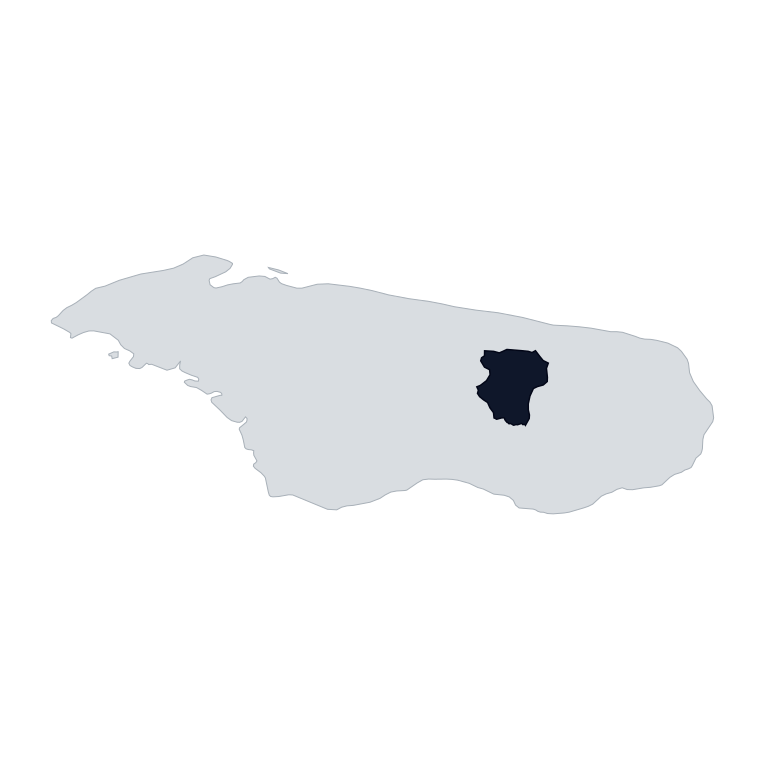 Madagascar, with Haute Matsiatra highlighted, rotated 264°
{"feature_id": "MDG-5873", "entity_name": "Haute Matsiatra", "entity_type": "Autonomous Province", "adm_level": 1, "iso_a3": "MDG", "parent_name": "Madagascar", "parent_adm1": "", "projection": "natural_earth1", "projection_center": [46.02, -21.511], "detail": "fine", "context": "in_parent", "style": "filled", "palette": "ink", "viewbox_px": 768, "rotation_deg": 264, "n_neighbors": 0, "source": "natural_earth", "source_scale": "10m", "svg_char_len": 4728}
<svg xmlns="http://www.w3.org/2000/svg" viewBox="0 0 768 768"><g transform="rotate(264 384 384)"><path d="M493.1,76.6L494.9,81.6L497.1,86.4L503.9,98.1L506.8,102.5L509.3,107.3L510.5,116.8L514.8,131.6L518.8,153.7L520.0,176.5L521.2,186.9L524.3,196.8L529.5,207.0L531.1,218.3L527.9,230.0L523.2,241.0L522.0,243.1L519.8,245.9L518.8,245.8L515.1,243.0L512.1,238.3L508.3,227.3L507.0,221.8L505.4,220.9L500.9,221.4L497.6,224.9L497.0,227.0L497.7,233.2L498.9,238.8L499.4,244.4L499.5,251.5L500.7,253.7L502.4,255.5L504.3,260.1L504.5,271.2L503.4,276.8L500.2,281.6L500.4,284.3L501.5,287.0L500.4,288.6L496.2,290.7L494.5,292.6L492.2,297.4L488.4,307.4L487.9,312.5L490.2,328.0L489.5,339.0L484.7,360.1L481.9,370.1L478.1,382.0L472.2,397.7L466.3,417.5L461.3,437.8L457.6,450.1L453.5,462.1L447.8,483.4L442.9,505.0L435.7,528.8L425.9,555.3L424.8,558.8L422.7,572.3L420.5,584.1L417.9,595.7L412.3,615.0L411.7,620.9L410.5,626.6L405.2,638.7L402.9,643.2L401.4,647.9L400.5,654.0L398.9,659.8L395.0,670.6L389.3,679.8L385.4,683.2L377.0,688.0L372.7,689.0L363.2,689.1L354.1,691.9L344.5,697.3L335.4,703.4L331.9,706.3L328.0,708.0L315.9,708.3L312.2,707.0L300.1,696.9L295.4,695.3L286.5,693.9L283.8,693.0L281.3,691.7L277.7,686.5L270.5,682.0L268.8,680.6L267.7,677.5L267.0,674.2L265.1,670.5L263.7,663.5L261.3,658.6L254.7,649.9L254.0,647.1L253.4,637.9L253.6,631.6L252.9,620.2L253.6,614.8L255.9,610.0L254.9,604.7L252.5,599.2L251.5,593.5L249.7,588.4L242.7,579.0L241.0,574.4L239.9,569.6L237.2,554.8L236.9,549.6L237.2,538.7L238.1,533.1L239.8,529.2L240.2,526.2L241.3,523.7L242.9,521.7L244.0,519.3L246.6,505.4L249.8,502.2L254.7,500.5L258.6,496.8L260.8,491.9L263.0,481.7L269.2,471.7L271.3,466.4L276.3,458.4L280.7,447.1L282.0,441.8L282.9,436.3L284.0,424.4L284.8,418.5L284.7,412.6L282.1,406.6L276.1,395.6L275.9,393.6L276.3,385.4L275.8,379.5L273.6,373.7L270.7,368.1L267.9,357.8L266.5,340.7L266.7,334.5L265.9,329.0L263.8,323.8L265.3,314.7L283.2,281.6L283.8,277.7L283.1,267.6L283.4,261.7L284.0,259.5L285.4,258.3L288.5,257.7L303.1,256.2L305.0,255.2L308.6,252.4L313.6,247.0L315.9,245.5L317.9,246.0L319.2,248.3L320.8,249.6L326.7,247.1L329.0,247.1L331.3,247.5L332.4,245.2L333.0,242.2L333.9,240.1L335.4,238.9L343.0,238.2L347.9,237.4L354.1,235.3L355.5,235.7L360.5,243.2L362.1,243.9L364.0,244.2L365.8,242.8L361.7,238.9L361.0,236.6L361.3,234.1L363.5,228.6L367.1,224.5L375.3,218.1L383.8,210.8L386.3,210.3L388.4,211.5L389.9,220.1L389.7,221.5L391.1,221.7L392.7,220.7L394.1,217.2L394.2,214.3L393.0,211.5L392.5,209.2L392.4,207.0L396.7,201.9L400.1,197.1L401.7,191.3L403.1,188.6L406.6,185.6L407.7,186.0L408.5,188.5L409.0,191.1L408.1,193.7L406.8,196.2L406.2,199.6L408.2,200.3L410.1,199.4L412.9,193.3L416.1,187.5L418.0,184.5L420.4,182.4L424.3,182.8L428.2,184.1L421.9,178.0L420.4,169.6L427.9,155.0L427.9,152.0L429.0,151.1L429.5,149.9L425.7,145.0L424.9,142.6L425.5,138.9L427.3,135.6L429.0,133.3L431.4,132.4L433.3,133.7L437.4,137.7L440.2,138.3L443.6,134.5L446.4,129.6L450.5,126.3L455.3,124.3L462.5,116.7L467.2,100.8L467.6,96.1L466.6,90.5L464.9,85.1L462.2,78.5L462.9,77.0L466.8,77.9L468.1,76.9L472.4,71.0L479.5,59.7L481.8,59.7L483.8,61.8L484.5,64.9L485.9,67.2L490.7,72.6L493.1,76.6ZM443.8,121.3L443.9,123.0L438.5,122.3L437.6,116.3L440.3,116.1L440.9,113.6L442.5,113.3L444.2,118.7L443.8,121.3ZM508.4,291.2L503.8,300.0L505.1,292.7L510.5,282.0L512.0,281.2L508.4,291.2Z" fill="#d9dde1" stroke="#a8b0b8" stroke-width="1"/><path d="M338.0,525.4L334.5,524.8L328.1,520.3L328.5,520.1L328.8,520.0L328.9,519.9L329.1,519.7L329.2,519.3L329.2,518.8L329.1,518.3L329.1,518.1L329.1,517.9L329.2,517.7L330.0,517.3L330.1,517.2L330.2,516.9L330.3,516.7L330.3,516.4L330.3,516.1L329.6,512.9L329.5,512.7L329.6,512.4L329.8,511.3L329.8,511.0L329.8,510.4L329.5,509.1L329.5,508.8L329.5,508.5L329.6,508.3L331.2,506.3L331.3,506.1L331.4,505.9L331.4,505.6L331.4,505.3L331.4,504.5L331.4,504.2L331.6,504.0L331.7,503.8L331.9,503.7L332.4,503.6L332.5,503.4L332.6,503.2L332.8,502.7L333.0,502.3L333.2,502.2L333.4,502.1L333.6,502.0L333.9,501.9L334.0,501.7L334.3,501.4L334.7,501.2L335.2,500.8L335.7,500.7L335.9,500.6L336.1,500.5L336.3,500.4L337.1,500.3L337.3,500.2L337.5,500.1L337.7,499.9L337.8,499.7L337.9,499.2L338.0,498.0L338.0,497.4L337.2,492.6L337.2,492.3L337.3,492.0L337.4,491.9L337.9,491.4L338.2,491.0L338.7,489.9L344.1,489.9L349.2,486.9L354.8,485.1L357.8,481.4L361.4,477.8L364.9,476.0L368.0,477.2L371.5,476.0L372.5,479.6L376.6,486.3L382.2,490.5L387.2,490.5L390.3,485.7L396.9,482.6L399.9,483.8L401.5,486.9L406.5,487.5L405.0,496.5L402.9,501.9L404.0,505.5L405.5,509.8L402.9,523.6L401.4,530.9L399.8,534.5L401.3,538.1L395.3,541.7L390.7,544.7L387.6,549.6L382.6,547.2L378.5,547.2L373.5,547.2L369.4,546.6L366.4,542.3L365.4,536.3L363.9,532.1L356.8,527.9L349.2,525.4L343.1,524.8L338.0,525.4Z" fill="#0f172a" stroke="#020617" stroke-width="1.5"/></g></svg>